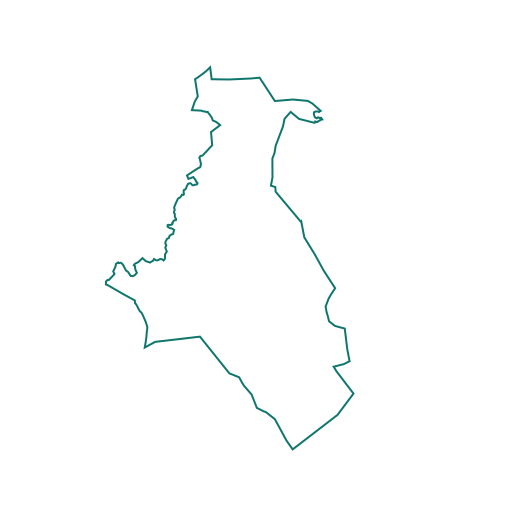 Kebbe, Sokoto, Nigeria (Mercator projection), rotated 139°
{"feature_id": "59680162B95103667512911", "entity_name": "Kebbe", "entity_type": "district", "adm_level": 2, "iso_a3": "NGA", "parent_name": "Nigeria", "parent_adm1": "Sokoto", "projection": "mercator", "projection_center": [4.676, 11.883], "detail": "fine", "context": "isolated", "style": "outline", "palette": "teal", "viewbox_px": 512, "rotation_deg": 139, "n_neighbors": 0, "source": "geoboundaries", "source_scale": "gbopen_adm2", "svg_char_len": 3605}
<svg xmlns="http://www.w3.org/2000/svg" viewBox="0 0 512 512"><g transform="rotate(139 256 256)"><path d="M355.2,86.0L298.7,82.6L272.7,88.2L270.9,116.2L270.0,121.5L260.7,116.8L254.4,115.2L248.2,125.9L236.6,143.0L242.3,151.4L243.7,158.8L241.6,162.8L239.4,167.6L236.6,172.2L228.9,176.3L224.5,177.8L217.4,179.8L214.5,200.6L210.6,218.5L207.3,238.4L199.4,252.0L199.7,251.9L199.0,291.7L196.2,295.4L198.6,299.3L192.1,304.4L179.7,318.8L174.4,321.6L168.8,326.3L150.6,336.1L144.5,340.8L135.3,342.0L133.6,331.3L124.6,318.3L124.1,318.0L123.7,318.1L123.1,318.7L122.7,318.3L122.4,317.3L121.8,316.8L121.2,316.9L120.6,316.9L119.7,316.6L118.9,316.3L118.2,316.6L117.6,316.4L117.1,315.9L116.4,315.5L116.3,315.9L116.3,316.4L116.3,317.1L116.3,317.7L116.8,318.1L117.7,318.6L117.9,319.3L118.1,319.9L118.9,320.1L119.8,320.0L120.0,320.4L120.1,320.8L120.5,321.9L120.4,322.6L120.0,323.6L119.3,324.9L118.7,325.8L117.9,326.4L117.0,326.2L115.8,325.7L115.0,324.9L114.4,324.3L114.0,323.3L112.8,323.3L112.0,323.1L113.4,334.0L115.1,339.0L125.5,349.9L140.1,360.6L136.3,388.2L143.5,393.4L160.3,406.7L173.5,418.5L166.8,428.5L172.5,428.2L182.5,428.9L186.0,429.4L195.2,414.7L201.1,412.6L208.7,408.1L202.0,401.7L201.1,400.0L199.8,398.6L198.9,397.1L197.9,396.5L198.2,394.7L198.1,392.9L198.4,391.7L198.5,389.9L199.0,388.3L199.6,387.0L199.5,386.1L198.3,383.9L197.7,381.3L197.2,378.3L208.6,379.1L216.4,368.3L220.1,368.0L224.1,367.5L230.4,366.9L232.4,367.9L234.2,367.4L235.3,364.9L235.9,364.0L237.0,361.8L238.8,360.2L239.9,359.7L242.8,360.4L255.2,362.1L256.4,358.5L251.5,356.7L251.7,355.6L251.7,353.1L251.8,352.7L252.1,352.3L252.3,351.9L252.3,351.4L252.3,351.1L252.3,350.6L252.3,350.2L252.2,349.9L252.3,349.6L252.4,349.4L252.6,349.1L253.0,349.0L253.5,348.8L254.0,348.9L254.3,349.2L254.8,349.5L255.1,349.8L255.4,349.9L255.9,349.9L256.3,350.2L256.5,350.3L256.9,350.5L257.2,350.7L257.5,351.2L257.6,351.9L257.6,352.3L257.5,352.9L257.6,353.4L258.0,354.2L258.8,354.6L259.9,355.0L262.5,354.1L264.4,352.9L266.2,352.7L267.2,353.1L268.6,351.9L269.2,350.9L269.6,350.1L270.6,349.7L271.6,350.8L272.4,350.5L275.0,350.0L277.2,350.5L281.3,348.7L284.2,347.3L285.6,346.5L286.1,346.2L286.6,345.0L287.2,344.0L288.2,343.6L289.5,342.5L289.6,341.2L291.6,338.7L292.0,336.6L292.3,336.0L292.8,335.6L293.3,335.8L293.7,336.2L294.1,336.5L294.8,336.5L295.3,336.6L296.0,336.2L296.3,336.2L296.8,336.0L297.2,335.8L297.7,335.8L297.9,335.4L297.9,335.1L298.5,334.9L299.3,335.1L299.7,335.4L300.5,335.7L301.4,336.8L302.3,337.3L303.5,336.1L302.7,333.7L301.2,331.4L300.7,329.3L302.7,328.1L304.0,327.0L306.0,327.8L308.2,327.9L309.8,326.7L311.9,327.3L314.9,326.1L316.2,325.0L316.7,322.9L318.9,321.9L319.4,320.6L320.4,317.9L323.6,316.9L326.5,313.7L328.7,313.3L329.1,315.3L330.5,316.7L332.8,317.1L334.3,318.3L334.9,320.6L336.9,320.0L340.3,320.6L342.5,324.4L343.1,328.9L348.7,328.6L352.7,329.6L354.3,329.2L354.0,327.4L355.1,326.5L356.2,324.1L356.9,321.5L359.5,321.1L362.1,321.5L363.7,323.2L363.6,323.9L363.0,327.7L363.6,330.5L363.0,333.0L362.1,336.7L362.3,339.3L362.9,340.0L364.2,340.6L364.3,341.6L366.8,341.9L369.1,340.2L373.9,338.0L374.5,335.4L376.4,335.0L379.7,334.7L380.7,334.7L381.8,334.5L382.5,334.4L382.8,334.7L383.4,334.8L383.7,335.3L385.8,335.2L387.9,333.0L386.9,331.0L381.3,314.5L376.6,302.0L378.3,299.6L378.1,298.5L378.6,296.0L379.4,293.0L379.9,290.3L379.6,288.7L379.8,287.2L380.7,284.1L382.2,279.4L384.0,275.0L385.0,273.2L388.6,270.0L392.7,266.0L395.6,263.5L400.0,259.9L388.5,257.4L351.2,231.9L353.1,184.9L348.3,175.5L349.6,169.7L350.2,165.7L350.2,154.3L355.0,140.8L352.1,133.6L351.0,131.9L348.8,120.5L354.1,96.6L355.2,86.0Z" fill="none" stroke="#0f766e" stroke-width="2"/></g></svg>